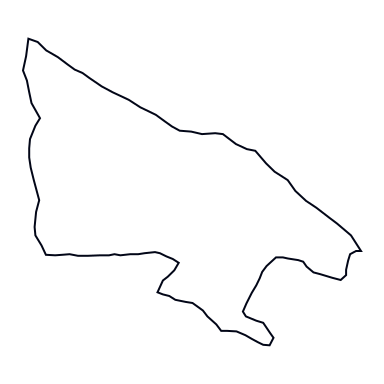 outline of Livera, Cyprus
{"feature_id": "46923920B2893427374385", "entity_name": "Livera", "entity_type": "district", "adm_level": 2, "iso_a3": "CYP", "parent_name": "Cyprus", "parent_adm1": "", "projection": "equal_earth", "projection_center": [32.951, 35.381], "detail": "fine", "context": "isolated", "style": "outline", "palette": "ink", "viewbox_px": 384, "rotation_deg": 0, "n_neighbors": 0, "source": "geoboundaries", "source_scale": "gbopen_adm2", "svg_char_len": 1473}
<svg xmlns="http://www.w3.org/2000/svg" viewBox="0 0 384 384"><path d="M361.0,251.0L351.0,235.4L337.1,223.6L329.4,217.8L316.3,207.7L306.2,201.0L295.4,191.0L287.7,180.1L274.6,171.7L266.1,163.4L255.3,150.8L246.8,149.1L236.0,144.1L222.9,134.1L215.2,133.2L202.0,134.1L191.2,131.6L179.7,130.7L172.0,126.5L165.0,121.5L155.8,114.8L140.3,107.3L128.7,99.8L112.5,92.2L101.7,86.4L89.4,78.0L82.5,73.0L74.7,69.6L67.8,64.6L57.8,57.1L46.2,50.4L37.7,42.0L28.4,38.7L26.1,56.2L23.0,70.5L26.9,80.5L29.2,92.2L31.5,103.1L40.0,118.2L35.4,125.7L30.0,139.1L29.2,148.3L29.2,157.5L30.7,167.6L33.8,180.1L39.2,200.2L36.1,211.9L34.6,227.0L35.4,235.4L41.5,245.4L45.9,254.8L55.2,255.3L62.2,254.8L69.6,254.2L78.0,255.8L87.8,255.8L100.7,255.3L109.1,255.3L114.5,254.2L120.4,255.3L130.3,254.2L138.2,254.2L144.6,253.2L155.0,252.1L159.9,253.2L166.4,256.4L172.8,259.0L178.7,262.8L174.3,270.3L167.8,276.7L162.9,280.5L157.5,292.3L162.9,294.4L169.3,296.0L175.3,299.8L185.6,301.9L192.5,303.0L202.9,310.5L207.4,316.4L216.3,324.4L221.2,330.9L227.6,330.9L236.5,331.4L245.4,335.2L251.8,338.9L257.7,342.1L263.2,344.8L269.6,345.3L273.5,337.8L270.1,333.0L263.2,322.8L256.3,320.7L245.9,316.4L242.9,311.6L246.4,303.5L251.8,292.8L256.3,285.3L259.7,278.3L262.2,271.9L266.6,266.0L276.0,257.4L282.9,257.4L287.9,258.5L298.2,260.1L303.2,261.7L306.6,266.6L313.5,272.4L320.0,274.1L332.3,277.8L340.7,280.0L346.1,275.1L346.1,269.8L348.1,260.7L350.1,254.2L356.0,251.0L361.0,251.0Z" fill="none" stroke="#020617" stroke-width="2"/></svg>